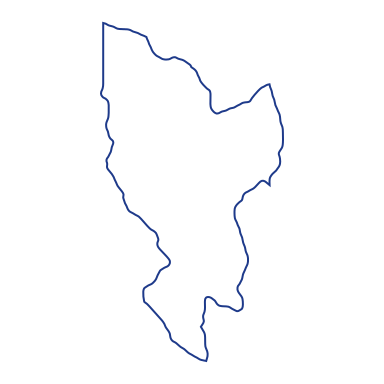 Mella, Independencia, Dominican Republic
{"feature_id": "3306468B62036034532374", "entity_name": "Mella", "entity_type": "district", "adm_level": 2, "iso_a3": "DOM", "parent_name": "Dominican Republic", "parent_adm1": "Independencia", "projection": "natural_earth1", "projection_center": [-71.428, 18.297], "detail": "fine", "context": "isolated", "style": "outline", "palette": "blue", "viewbox_px": 384, "rotation_deg": 0, "n_neighbors": 0, "source": "geoboundaries", "source_scale": "gbopen_adm2", "svg_char_len": 5510}
<svg xmlns="http://www.w3.org/2000/svg" viewBox="0 0 384 384"><path d="M188.2,63.5L184.5,60.9L183.4,60.3L182.2,59.8L179.2,59.0L178.0,58.6L176.5,57.8L175.5,57.3L174.3,57.2L173.1,57.4L172.0,57.8L170.0,58.9L168.8,59.3L166.9,59.5L164.9,59.5L163.7,59.3L162.4,59.0L161.3,58.4L159.3,57.2L157.0,56.0L155.9,55.2L154.4,53.7L153.0,52.0L152.3,50.8L151.7,49.6L150.7,47.1L149.2,44.2L148.3,41.6L147.0,38.8L146.4,37.0L143.9,35.8L141.0,34.7L137.8,33.0L133.0,31.5L130.4,30.1L129.2,29.7L127.8,29.4L126.5,29.3L119.5,29.0L117.5,28.7L116.3,28.2L113.7,26.8L112.5,26.4L109.4,25.6L108.3,25.2L105.7,23.7L103.2,23.0L103.2,83.5L103.1,85.9L102.7,88.1L102.3,89.4L101.3,91.6L101.1,92.9L101.0,93.5L101.3,94.9L101.5,95.4L102.2,96.4L103.0,97.3L104.0,97.9L105.6,98.7L106.0,99.1L106.9,99.9L107.7,100.9L108.0,101.5L108.4,102.9L108.7,105.1L108.7,107.4L108.7,112.9L108.5,116.0L108.3,117.5L107.9,118.9L106.7,121.8L106.3,123.1L106.1,124.5L106.2,126.6L106.3,127.3L106.6,128.6L107.9,131.5L108.8,135.6L109.3,136.8L109.9,137.9L110.6,138.8L112.2,140.2L112.9,141.0L113.1,141.5L113.3,142.7L113.1,143.8L111.8,147.2L111.1,150.6L110.7,152.0L108.2,156.9L107.0,158.5L106.6,159.5L106.5,160.0L106.5,161.2L107.1,163.2L107.2,164.2L107.0,166.6L107.0,167.1L107.2,167.8L107.4,168.4L108.1,169.5L111.8,174.0L113.0,175.9L113.7,177.1L114.7,179.6L116.1,182.5L116.9,184.4L117.5,185.7L118.8,187.5L122.0,191.5L123.1,193.2L123.5,194.4L123.5,194.9L123.2,197.4L123.4,198.4L125.0,203.2L126.5,206.0L127.5,208.5L128.1,209.7L129.3,211.2L130.3,211.9L133.0,213.3L135.6,214.9L137.8,216.0L138.9,216.7L139.8,217.6L141.2,219.0L147.2,225.8L149.7,228.4L151.2,229.6L153.4,230.8L154.4,231.5L155.8,232.8L156.4,233.9L156.7,234.5L158.0,238.0L158.3,239.1L158.3,240.2L157.4,242.8L157.3,244.1L157.5,245.4L158.0,246.7L158.7,247.8L160.0,249.4L166.7,256.5L168.4,258.5L169.2,259.6L169.5,260.2L169.8,260.8L169.9,261.5L169.9,262.2L169.9,262.9L169.7,263.6L169.1,264.8L168.3,265.7L167.4,266.4L165.1,267.4L164.1,267.9L161.1,269.8L160.2,270.5L159.6,271.5L157.6,275.3L156.6,277.8L156.1,279.0L155.0,280.7L153.7,282.1L152.8,283.0L151.8,283.8L150.7,284.4L148.4,285.4L145.0,287.6L144.2,288.3L143.9,288.9L143.5,290.1L143.3,291.4L143.3,292.9L143.4,296.6L144.1,301.1L144.3,301.8L144.7,302.2L147.0,303.9L148.4,305.3L149.8,306.8L160.7,319.0L162.1,320.6L163.3,322.2L164.4,324.0L165.2,326.0L165.7,327.1L166.4,328.2L168.3,330.8L169.3,332.5L169.8,333.7L170.4,337.3L170.8,338.5L171.4,339.6L172.2,340.6L173.2,341.4L175.3,342.5L176.3,343.2L179.7,346.2L180.7,347.0L183.9,348.9L184.9,349.7L187.7,352.3L189.2,353.4L191.5,354.6L194.6,356.5L196.8,357.6L198.9,358.9L200.0,359.5L201.5,360.0L206.2,361.0L207.2,357.5L207.5,356.3L207.6,354.8L207.6,353.4L207.2,351.3L205.8,347.8L205.4,346.4L205.2,344.1L205.1,337.1L204.9,334.8L204.5,333.3L204.0,332.1L200.9,326.8L202.2,324.8L203.2,323.2L203.6,322.1L203.8,321.6L203.8,320.5L203.2,317.8L203.1,316.6L203.2,315.3L204.5,311.8L204.9,309.6L205.0,307.3L204.9,301.9L205.0,300.4L205.2,299.1L205.5,298.5L205.9,297.9L206.3,297.5L206.9,297.2L208.0,297.0L209.2,297.1L210.4,297.5L211.4,298.0L214.7,300.5L215.4,301.4L216.3,302.9L217.0,303.9L217.8,304.7L218.8,305.4L219.4,305.7L220.8,306.0L222.1,306.2L226.3,306.4L228.4,306.7L229.6,307.2L232.1,308.8L235.8,310.7L236.8,311.1L237.8,311.1L238.3,311.0L239.3,310.5L240.6,309.7L241.6,309.1L242.0,308.6L242.3,308.0L242.7,306.7L242.9,304.5L242.8,301.4L242.5,299.0L242.1,297.6L241.4,296.3L238.9,292.9L238.2,291.7L237.9,291.0L237.5,289.7L237.5,289.0L237.5,287.7L237.8,286.5L238.0,286.0L239.6,283.9L241.8,279.6L242.2,278.4L242.9,274.9L243.3,273.6L244.9,270.1L245.9,267.6L247.0,265.3L247.5,264.1L247.8,262.7L248.0,261.3L248.0,258.3L247.8,256.9L247.5,255.5L246.0,252.0L245.6,250.6L245.1,247.9L244.7,246.5L243.5,243.6L243.1,242.3L242.4,238.9L242.1,237.5L240.6,233.9L240.2,232.6L239.7,229.8L239.4,228.5L237.7,225.0L236.8,222.4L235.4,219.6L234.9,218.2L234.6,215.9L234.5,213.6L234.5,211.2L234.7,208.9L234.9,208.1L235.4,206.8L236.1,205.7L236.9,204.6L238.7,202.8L239.6,202.0L241.0,201.0L241.8,200.3L242.3,199.2L242.8,196.8L243.2,195.6L243.8,194.5L244.6,193.5L245.6,192.7L246.1,192.4L247.8,191.6L250.3,190.1L252.6,189.0L253.7,188.3L255.2,187.0L259.0,182.9L260.4,181.6L261.5,181.0L262.1,180.8L263.4,180.8L264.0,181.0L264.6,181.2L265.6,181.8L269.6,185.1L269.5,181.8L269.6,179.7L269.8,178.3L270.3,177.0L271.3,175.4L272.5,173.9L273.9,172.6L276.1,170.6L279.0,166.5L279.6,165.2L280.0,163.8L280.2,161.6L280.0,158.7L279.6,156.7L278.9,154.6L278.8,153.5L278.9,152.9L279.4,151.7L281.9,147.8L282.4,146.5L282.7,145.0L282.9,142.8L283.0,139.7L282.9,132.7L282.8,129.6L282.6,128.1L282.3,126.7L281.1,123.7L280.7,122.4L280.4,121.0L280.0,116.7L279.6,114.7L279.1,113.4L278.0,111.1L277.0,108.6L275.4,105.1L275.1,103.7L274.5,101.0L274.2,99.6L272.7,96.0L272.4,94.7L271.7,91.2L271.3,90.0L270.1,87.0L269.5,84.3L267.6,84.7L266.5,85.1L263.9,86.6L261.6,87.7L260.0,89.0L258.0,91.0L254.6,94.8L251.9,98.2L250.3,100.8L249.9,101.2L249.5,101.5L248.9,101.8L247.8,102.1L244.8,102.4L242.9,102.8L241.8,103.3L239.8,104.5L237.5,105.6L234.4,107.4L233.2,107.8L230.7,108.3L229.5,108.7L226.3,110.4L225.1,110.8L222.1,111.5L221.0,112.0L219.0,113.1L218.4,113.3L217.2,113.5L216.6,113.5L216.0,113.3L215.4,113.0L214.8,112.7L213.7,111.8L212.8,110.8L211.9,109.7L211.2,108.4L210.9,107.7L210.6,106.2L210.4,103.9L210.5,96.2L210.5,93.9L210.3,92.5L210.0,91.2L209.6,90.7L209.3,90.2L206.9,88.5L205.0,86.6L203.1,84.6L201.7,82.9L200.9,81.8L200.2,80.6L199.3,78.0L197.8,75.1L196.9,72.6L196.3,71.5L195.5,70.4L194.6,69.5L193.6,68.7L191.3,67.1L190.9,66.0L190.3,65.1L189.5,64.4L188.2,63.5Z" fill="none" stroke="#1e3a8a" stroke-width="2"/></svg>